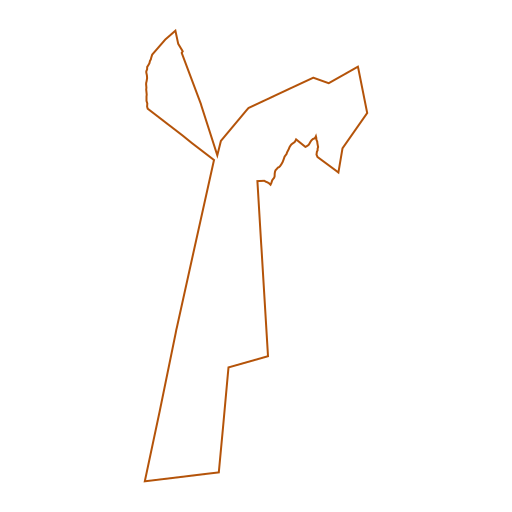 outline of Sebastião Leal, Piauí, Brazil
{"feature_id": "56859067B27989040236964", "entity_name": "Sebastião Leal", "entity_type": "district", "adm_level": 2, "iso_a3": "BRA", "parent_name": "Brazil", "parent_adm1": "Piauí", "projection": "equal_earth", "projection_center": [-44.056, -7.769], "detail": "fine", "context": "isolated", "style": "outline", "palette": "amber", "viewbox_px": 512, "rotation_deg": 0, "n_neighbors": 0, "source": "geoboundaries", "source_scale": "gbopen_adm2", "svg_char_len": 1523}
<svg xmlns="http://www.w3.org/2000/svg" viewBox="0 0 512 512"><path d="M165.4,39.4L152.2,54.6L151.2,57.8L150.8,59.5L150.0,60.8L149.4,63.3L148.2,65.4L147.2,66.9L147.1,69.3L146.3,71.3L146.3,72.6L146.9,75.4L147.1,78.1L146.9,79.3L146.6,81.2L146.2,82.8L146.1,84.1L146.4,87.7L146.2,89.5L146.6,93.5L146.7,94.8L146.5,96.4L146.5,100.9L147.3,103.5L147.1,106.6L147.7,108.7L167.3,123.8L182.3,135.3L183.3,136.1L191.8,143.0L214.0,160.0L194.0,250.0L176.9,327.3L176.3,329.8L175.6,333.5L159.6,411.7L144.8,481.3L205.1,474.0L218.8,472.4L223.0,427.7L227.7,376.0L228.5,367.4L268.0,356.2L261.6,250.4L261.1,242.8L257.4,181.1L264.3,180.8L265.8,181.7L266.9,182.1L268.8,183.1L270.5,184.7L271.3,183.1L272.2,180.3L273.2,178.9L274.1,177.8L274.6,176.4L274.7,173.6L275.0,171.7L275.5,170.3L277.0,168.7L277.9,167.6L279.1,167.1L280.1,166.1L281.4,164.2L282.6,162.1L283.6,159.5L284.6,156.6L286.6,153.9L287.0,152.5L288.8,149.0L289.5,147.2L290.3,145.9L291.2,144.6L292.3,143.7L294.6,142.1L295.5,140.7L296.1,139.4L305.4,146.9L306.4,146.4L307.5,145.7L308.6,144.9L309.4,143.7L310.4,141.9L311.4,140.4L312.9,139.0L314.1,138.6L315.3,137.6L315.9,136.3L316.3,138.0L316.3,139.5L317.2,141.5L317.4,143.3L317.7,145.0L318.1,147.0L317.6,148.7L317.6,150.3L316.9,151.7L316.5,154.6L317.5,157.0L335.4,170.2L338.4,172.5L342.5,148.3L367.2,113.0L358.4,68.9L357.9,66.7L328.7,83.2L313.3,77.7L289.2,88.9L248.5,108.0L246.4,110.4L220.9,140.9L217.3,155.3L201.4,105.8L200.9,104.0L181.7,52.9L182.7,51.3L178.2,43.8L175.4,30.7L165.4,39.4Z" fill="none" stroke="#b45309" stroke-width="2"/></svg>